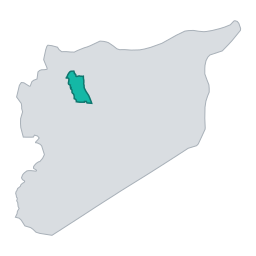 As-Safira, Aleppo, Syria (highlighted)
{"feature_id": "27442178B22464389911891", "entity_name": "As-Safira", "entity_type": "district", "adm_level": 2, "iso_a3": "SYR", "parent_name": "Syria", "parent_adm1": "Aleppo", "projection": "orthographic", "projection_center": [37.544, 35.815], "detail": "fine", "context": "in_parent", "style": "filled", "palette": "teal", "viewbox_px": 256, "rotation_deg": 0, "n_neighbors": 0, "source": "geoboundaries", "source_scale": "gbopen_adm2", "svg_char_len": 3565}
<svg xmlns="http://www.w3.org/2000/svg" viewBox="0 0 256 256"><path d="M21.3,82.5L23.9,82.8L29.3,86.2L30.2,86.1L31.9,81.7L33.6,80.3L37.0,79.0L38.0,71.9L39.6,70.5L41.5,69.8L44.4,69.7L47.0,69.3L47.1,68.1L43.7,59.8L44.0,57.8L45.8,49.5L46.9,46.3L47.9,45.2L51.9,45.7L57.5,47.2L59.0,49.6L61.7,51.7L65.9,51.6L70.6,52.0L74.3,52.1L77.3,50.6L84.0,47.9L87.3,46.9L90.3,45.7L100.0,41.1L103.8,41.4L106.5,42.0L108.5,42.7L113.1,45.8L116.9,48.8L119.6,49.7L124.3,49.6L131.2,50.1L139.6,49.9L144.5,49.0L150.8,47.3L161.9,43.3L176.4,35.2L184.9,31.1L188.6,30.6L193.4,30.4L198.3,31.2L203.8,31.7L206.3,31.5L212.2,30.5L219.8,28.6L224.6,27.1L230.3,24.8L233.8,21.1L234.9,20.7L236.5,21.2L237.2,21.4L238.8,23.3L240.6,28.4L240.6,29.0L240.4,30.4L236.8,34.8L231.9,40.8L228.4,44.6L222.3,50.9L217.7,52.4L209.9,55.0L207.8,57.2L206.0,60.7L205.0,65.4L204.8,68.4L204.8,73.9L206.8,79.5L208.9,84.9L209.2,88.5L209.2,92.1L207.6,96.0L205.9,101.2L205.0,107.2L204.8,118.3L205.2,127.7L205.1,129.2L202.0,136.0L198.3,143.9L196.6,145.7L188.1,148.3L178.9,154.3L168.5,161.0L159.1,167.0L149.2,173.3L138.9,179.7L131.5,184.3L121.5,190.5L112.5,196.3L103.2,202.2L96.2,206.7L85.5,213.7L79.2,217.8L69.9,223.8L61.7,229.1L52.0,235.3L39.9,233.4L36.0,232.2L32.9,229.2L30.6,227.6L24.9,225.9L21.3,220.2L19.2,218.2L15.4,217.2L17.1,213.6L17.4,211.3L19.1,208.4L18.1,206.5L17.7,202.4L17.0,201.4L16.7,200.4L17.3,199.1L17.1,197.7L16.5,197.2L16.2,195.1L15.7,193.6L16.0,191.8L16.8,190.7L17.7,188.4L18.7,187.7L20.4,186.3L20.8,184.9L22.3,183.4L24.2,182.3L24.7,181.3L24.4,180.8L22.5,179.7L21.5,177.8L22.5,175.1L23.1,174.2L24.3,172.9L26.9,170.9L28.9,170.6L30.7,170.6L33.6,170.9L35.9,171.2L36.5,170.7L36.4,170.1L33.6,168.4L33.5,167.0L34.2,165.6L36.2,163.4L38.6,161.8L39.8,161.6L42.6,158.3L44.4,154.6L41.6,145.7L40.0,144.2L37.2,142.9L35.6,142.7L35.5,142.2L37.7,139.9L39.2,138.0L37.5,136.0L34.5,135.1L33.3,137.1L29.4,137.2L23.3,137.1L20.8,127.6L20.5,123.5L20.6,118.7L22.6,111.8L21.7,108.6L21.7,106.5L21.3,103.5L16.6,97.0L19.4,85.3L21.3,82.5Z" fill="#d9dde1" stroke="#a8b0b8" stroke-width="1"/><path d="M74.2,98.5L74.3,98.5L74.5,98.6L74.7,98.8L74.8,98.8L75.0,99.0L75.3,99.2L75.3,99.3L75.5,99.4L75.6,99.5L75.8,99.7L76.0,99.8L76.1,100.0L76.2,100.3L76.3,100.5L76.3,100.8L76.4,101.0L76.4,101.3L76.5,101.5L76.4,101.7L77.3,101.9L78.0,102.0L79.1,102.1L79.9,102.2L81.0,102.2L83.6,102.2L84.5,102.2L84.5,101.4L86.3,101.4L87.1,103.0L87.7,103.0L89.4,103.1L91.7,103.3L91.3,102.0L89.7,97.9L88.6,95.4L85.9,91.3L84.9,89.3L84.3,88.0L84.2,87.8L84.2,87.4L84.1,87.2L84.1,86.6L84.1,85.9L84.1,85.6L84.0,85.3L83.9,84.8L83.9,84.6L83.7,84.2L83.7,83.9L83.7,83.7L83.7,83.3L83.8,82.7L83.8,82.0L83.8,81.4L83.8,80.6L83.7,79.9L83.6,79.2L83.5,78.9L83.4,78.2L83.4,77.8L83.4,77.4L83.4,77.1L83.4,76.8L83.4,76.7L83.3,76.4L83.3,76.2L82.4,76.4L81.6,76.2L80.4,76.2L79.6,76.0L79.2,75.9L78.2,76.1L77.8,76.3L77.0,76.4L76.4,76.5L76.0,76.3L75.9,75.6L75.7,74.6L75.4,74.2L74.8,73.8L74.7,73.4L74.4,73.3L74.3,73.0L74.3,72.5L73.9,71.3L73.9,71.2L73.4,71.1L72.7,71.2L72.2,71.2L71.6,71.2L70.9,71.3L70.5,71.4L70.0,71.7L69.7,72.1L69.3,72.5L68.6,73.4L68.3,74.0L67.8,74.8L67.4,75.8L67.2,76.5L67.0,76.8L66.9,76.9L66.5,77.3L66.3,77.7L66.3,78.0L66.7,78.0L67.1,77.8L67.6,77.6L68.0,78.2L68.3,78.5L68.6,78.7L68.9,79.0L69.0,79.4L68.8,80.3L68.8,81.0L68.7,81.3L68.5,82.2L68.4,83.1L68.5,83.8L68.6,84.1L69.4,84.7L70.3,85.1L70.2,85.3L70.2,85.9L70.3,86.3L70.5,86.4L70.4,87.2L70.7,87.3L70.9,87.4L71.2,87.7L71.2,88.0L70.9,88.2L70.6,88.3L70.7,88.8L71.3,89.4L71.7,89.7L71.9,89.9L72.0,90.6L72.0,91.5L72.0,92.3L72.5,93.2L73.3,93.8L73.8,94.6L74.2,96.2L74.2,98.5Z" fill="#14b8a6" stroke="#0f766e" stroke-width="1.5"/></svg>